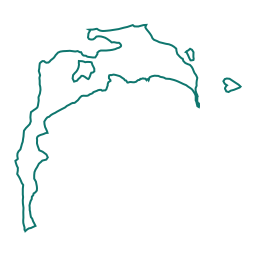 Baku City, Bakı, Azerbaijan (Equal Earth projection)
{"feature_id": "54616110B61947743987915", "entity_name": "Baku City", "entity_type": "district", "adm_level": 2, "iso_a3": "AZE", "parent_name": "Azerbaijan", "parent_adm1": "Bakı", "projection": "equal_earth", "projection_center": [49.825, 40.136], "detail": "fine", "context": "isolated", "style": "outline", "palette": "teal", "viewbox_px": 256, "rotation_deg": 0, "n_neighbors": 0, "source": "geoboundaries", "source_scale": "gbopen_adm2", "svg_char_len": 5260}
<svg xmlns="http://www.w3.org/2000/svg" viewBox="0 0 256 256"><path d="M15.4,160.8L15.7,162.3L16.2,163.9L16.8,165.7L17.9,167.9L17.8,169.1L17.8,170.6L17.2,174.0L18.8,176.5L19.9,178.5L21.0,181.0L21.8,183.0L23.2,185.0L22.8,189.0L22.8,191.2L22.8,191.8L22.8,194.5L23.1,197.1L22.8,200.1L22.9,203.4L23.5,207.9L23.3,212.0L23.4,217.7L23.2,220.6L23.3,223.0L23.9,225.4L24.5,227.4L24.5,229.8L25.2,230.8L25.3,231.1L27.1,229.5L28.8,228.4L30.9,228.0L32.6,227.2L33.9,226.6L35.5,225.9L34.1,223.1L33.2,221.5L32.2,218.7L30.9,217.0L30.3,213.7L30.1,211.7L29.7,210.0L29.7,207.9L29.5,205.4L30.1,202.8L30.7,200.9L31.7,199.1L31.9,196.6L33.2,195.3L33.6,193.5L35.3,192.4L36.8,190.6L37.0,188.3L36.8,186.1L35.9,181.6L34.2,178.7L34.2,175.1L34.5,172.1L35.6,169.5L37.0,167.3L38.9,163.7L40.9,162.0L42.3,160.6L46.3,159.6L47.8,157.4L46.4,154.5L42.6,151.7L39.3,150.3L37.7,145.9L37.0,143.5L37.0,142.2L37.1,140.0L36.9,138.5L37.2,137.2L38.3,136.0L40.4,135.0L42.0,134.5L43.6,134.0L44.9,133.4L46.5,132.9L47.5,132.9L47.2,131.7L46.2,129.3L45.1,127.0L44.5,124.2L44.3,121.6L45.9,119.0L47.4,117.3L49.2,116.7L50.8,115.2L52.7,114.0L55.4,112.7L56.8,111.8L59.0,110.6L61.8,109.1L65.0,107.5L66.9,105.9L69.7,104.5L70.6,103.9L71.6,103.4L72.9,102.9L74.0,103.0L75.2,102.5L76.5,101.3L77.6,100.5L78.8,99.1L79.4,98.2L80.5,97.0L81.7,96.0L83.5,95.7L85.1,95.8L87.0,95.8L88.6,95.3L89.4,94.5L91.0,93.9L92.6,93.2L93.3,92.2L95.1,91.5L97.0,90.8L98.1,90.2L99.6,89.9L101.1,89.9L102.2,90.7L104.0,90.4L105.4,90.3L106.5,89.0L106.8,87.9L107.7,85.4L107.7,84.2L108.3,82.3L109.2,81.7L110.5,80.9L110.4,80.1L109.0,78.4L108.9,76.9L109.2,75.4L110.3,75.0L111.1,75.2L112.2,74.9L113.5,74.6L114.8,74.8L116.1,75.1L117.9,75.6L119.3,76.0L120.4,76.5L121.6,77.4L122.8,78.2L123.9,78.9L124.9,80.3L126.2,80.6L126.9,81.8L127.4,82.5L128.3,82.5L129.5,82.1L130.9,82.0L132.2,82.2L133.9,82.3L134.5,82.2L135.6,81.9L136.3,81.6L137.1,80.8L138.1,80.1L139.6,79.9L140.3,78.9L141.5,78.9L142.7,78.4L143.2,78.4L144.0,78.7L145.4,78.7L145.7,79.0L146.0,79.6L146.5,80.1L146.7,79.6L147.1,79.3L147.9,79.1L148.1,79.5L148.6,80.3L148.8,79.8L149.1,79.0L149.2,78.3L149.4,77.7L150.0,77.1L151.1,76.6L151.8,76.3L153.6,75.9L154.5,75.7L156.2,75.8L157.2,75.9L158.2,75.9L159.3,76.3L159.8,76.6L160.6,76.9L161.4,77.1L162.4,77.2L163.1,77.4L164.1,77.7L164.8,78.1L165.7,78.6L166.5,78.7L167.8,78.8L169.7,78.9L171.3,79.3L174.0,80.0L175.8,80.6L177.8,81.4L181.5,83.1L183.1,83.9L186.2,85.2L188.2,86.7L190.2,88.0L191.7,89.1L192.6,90.1L193.7,91.8L194.9,93.8L195.7,95.8L195.7,98.5L195.7,100.4L196.3,101.7L196.6,103.0L197.0,104.6L197.4,106.2L198.9,107.1L199.0,106.7L199.0,105.5L198.9,103.5L197.9,102.8L197.4,101.8L197.2,100.1L197.3,99.2L197.3,98.3L197.2,97.6L197.7,96.5L197.4,95.7L197.2,94.9L196.3,93.1L195.6,90.4L195.6,88.2L196.6,85.8L196.5,83.2L196.7,81.0L197.3,77.9L196.1,75.2L194.4,72.8L193.6,70.9L192.7,68.6L191.5,66.6L189.9,64.9L187.7,64.1L185.3,63.0L183.3,60.9L182.7,58.7L181.7,58.4L179.7,56.6L177.3,53.9L176.5,51.0L176.2,48.6L173.9,46.7L171.8,45.4L169.0,44.3L165.9,43.8L162.3,42.9L159.4,42.2L157.0,41.0L154.0,39.8L152.5,38.3L151.3,35.6L149.9,33.5L148.6,31.8L147.1,30.0L145.9,28.4L145.3,27.1L146.3,24.9L143.4,25.1L138.2,26.5L134.4,26.4L132.8,25.1L127.5,26.9L123.9,27.7L118.6,29.1L110.1,30.4L109.2,30.5L107.3,30.7L105.1,30.9L102.9,31.0L101.1,30.8L99.6,30.4L98.4,29.8L97.1,28.9L96.1,28.9L94.4,29.3L92.5,29.6L90.7,29.6L89.2,29.7L89.4,29.8L90.0,30.8L89.2,32.1L88.4,33.7L88.3,35.3L88.0,37.4L88.9,38.9L90.2,39.4L91.3,39.5L92.2,39.5L93.3,39.3L94.9,38.2L96.4,36.6L98.6,36.3L101.1,36.5L103.0,37.0L105.1,37.7L106.9,38.7L108.5,39.8L110.5,41.3L111.6,42.4L114.0,42.2L117.0,42.8L119.0,42.8L119.8,43.4L120.8,44.6L121.1,45.8L120.8,46.5L119.1,47.7L117.0,48.3L115.3,49.1L112.5,49.8L109.8,50.2L106.5,50.5L104.1,50.5L100.9,50.5L99.2,51.1L97.4,52.6L97.4,54.1L95.3,57.4L93.1,57.5L90.8,57.2L89.0,57.0L87.3,56.7L86.0,55.8L83.4,55.5L82.3,54.5L81.1,52.2L79.8,52.2L77.7,51.1L75.2,51.5L69.8,50.8L68.5,50.9L66.7,51.0L64.5,51.1L62.9,51.2L60.3,51.6L58.0,52.6L55.5,55.3L54.8,56.5L53.6,58.0L50.6,60.4L49.9,61.3L48.5,62.5L46.3,62.7L45.1,62.1L44.2,61.2L42.4,61.1L40.9,62.2L39.8,63.3L39.5,65.5L39.3,68.2L38.8,71.0L40.1,75.2L39.4,77.9L39.7,80.8L39.7,84.5L40.3,87.0L40.5,89.8L39.9,93.6L38.5,97.2L38.7,100.6L37.9,105.7L37.3,107.5L35.5,109.0L34.2,109.8L31.9,111.5L31.0,112.1L30.6,114.7L30.4,117.3L30.8,121.3L29.7,124.2L27.6,126.4L25.9,128.1L24.0,130.7L23.8,132.6L23.7,133.8L23.5,136.5L23.1,138.9L22.7,141.8L21.9,144.0L21.3,146.3L20.4,149.4L18.5,151.4L17.5,153.4L17.3,155.9L17.8,158.9L16.9,159.7L15.4,160.8ZM83.8,61.6L85.2,62.2L87.1,61.9L90.1,62.0L91.6,62.4L92.5,65.2L93.1,66.2L94.3,68.7L94.3,71.4L92.7,72.6L91.3,72.7L90.8,73.7L89.9,76.4L88.9,78.6L88.2,79.1L86.6,78.2L84.6,76.7L83.0,75.9L81.4,75.9L80.3,77.3L78.4,79.0L77.0,80.7L74.1,81.6L72.6,78.5L73.1,75.1L74.6,73.3L76.4,71.5L77.6,69.6L78.5,67.5L79.0,64.7L78.8,63.1L78.9,61.0L80.0,61.1L82.1,61.2L83.8,61.6ZM230.7,90.7L234.0,89.8L239.7,87.5L240.6,86.6L238.6,84.7L234.9,82.3L231.4,80.0L229.6,78.8L226.8,78.5L224.8,79.1L223.4,81.2L224.7,83.7L225.8,84.5L227.0,85.3L226.3,85.9L225.0,88.1L225.0,88.8L225.2,89.0L226.3,91.4L228.6,92.0L230.7,90.7ZM191.9,60.3L193.4,60.0L193.7,58.8L193.4,56.9L193.4,55.0L193.5,52.2L192.0,49.8L190.1,48.8L188.3,50.4L186.7,51.2L185.8,52.1L186.8,52.5L187.3,53.8L187.8,54.6L189.2,57.9L190.5,60.3L191.9,60.3Z" fill="none" stroke="#0f766e" stroke-width="2"/></svg>